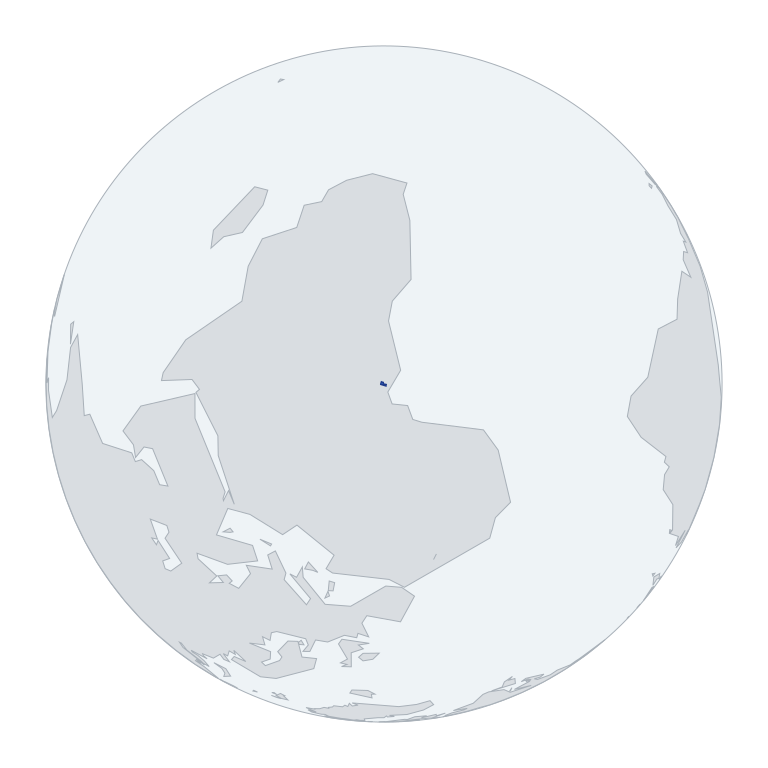 Kié-Ntem highlighted on a globe, orthographic projection, rotated 197°
{"feature_id": "GNQ-1469", "entity_name": "Kié-Ntem", "entity_type": "Province", "adm_level": 1, "iso_a3": "GNQ", "parent_name": "Equatorial Guinea", "parent_adm1": "", "projection": "orthographic", "projection_center": [10.81, 1.949], "detail": "fine", "context": "on_globe", "style": "filled", "palette": "blue", "viewbox_px": 768, "rotation_deg": 197, "n_neighbors": 0, "source": "natural_earth", "source_scale": "10m", "svg_char_len": 7711}
<svg xmlns="http://www.w3.org/2000/svg" viewBox="0 0 768 768"><g transform="rotate(197 384 384)"><circle cx="384" cy="384" r="338" fill="#eef3f6" stroke="#a8b0b8"/><path d="M266.7,67.1L261.1,69.3L252.7,72.7L251.5,73.2L266.7,67.1ZM180.7,114.1L172.3,120.7L178.6,115.9L188.6,108.4L197.9,102.6L209.0,95.2L214.4,92.1L227.1,85.0L228.4,85.1L222.8,89.4L212.3,95.7L209.6,98.1L222.2,92.0L205.3,104.8L198.6,116.1L193.8,120.2L179.9,126.8L173.2,126.1L155.1,138.8L170.0,130.1L157.9,142.1L157.3,144.3L159.9,144.0L165.7,139.5L162.3,144.0L146.2,153.3L149.0,149.3L154.1,146.0L150.9,146.3L140.0,154.5L134.7,161.0L123.8,169.8L119.9,174.9L115.3,180.3L122.3,171.2L109.6,188.2L98.0,204.0L111.8,183.7L127.1,164.5L143.7,146.4L161.6,129.6L180.7,114.1ZM50.8,327.7L50.2,333.7L53.3,319.9L56.8,312.7L53.2,332.2L58.0,314.7L57.9,324.3L67.0,324.6L65.4,328.9L72.5,353.1L86.1,364.6L89.2,379.4L87.0,388.2L93.0,391.2L93.2,397.1L122.5,408.2L141.8,424.1L144.2,444.7L133.7,467.6L137.8,516.8L122.7,531.6L128.0,551.1L132.1,578.9L121.8,575.8L134.2,590.3L136.2,598.3L132.1,598.3L139.5,608.1L136.9,608.0L144.4,614.7L152.4,626.8L164.4,637.3L173.4,646.7L181.4,652.7L180.3,652.4L182.3,654.4L186.6,657.6L177.7,651.6L161.3,638.1L154.2,631.4L152.5,630.1L136.0,612.6L138.7,616.0L116.0,588.9L101.4,566.4L69.9,499.9L64.4,486.3L57.6,470.0L51.3,443.4L47.1,410.4L46.1,377.2L47.1,361.7L49.7,335.3L50.2,331.7L50.8,327.7ZM72.6,252.7L68.2,267.9L66.3,269.6L67.5,266.6L69.8,259.8L70.8,257.2L72.6,252.7ZM81.9,233.1L82.4,231.8L82.6,231.8L81.9,233.1ZM225.5,85.7L226.2,85.4L223.5,86.8L225.5,85.7ZM230.5,83.0L230.3,83.1L227.1,84.7L230.5,83.0ZM241.2,77.8L234.4,81.1L233.0,81.7L241.2,77.8ZM284.4,61.5L284.1,61.3L289.2,59.8L284.4,61.5ZM301.1,56.4L300.7,56.6L296.1,57.9L297.0,57.5L301.1,56.4ZM333.0,50.0L321.9,51.9L318.5,52.5L333.0,50.0ZM196.7,663.9L180.5,653.7L187.7,658.4L182.4,653.7L194.6,661.3L196.7,663.9ZM185.5,651.8L185.4,649.4L188.4,651.1L189.1,653.2L185.5,651.8ZM713.7,310.1L712.7,305.8L717.4,330.1L719.1,340.3L721.1,360.3L719.7,346.1L718.5,338.7L715.0,317.4L706.6,286.4L706.6,292.0L702.9,279.7L691.4,255.0L689.3,262.8L688.4,295.3L694.4,327.3L691.4,341.7L672.7,296.0L661.4,266.1L656.5,269.1L635.7,244.9L605.1,244.4L599.1,237.1L593.7,240.8L578.8,233.8L569.1,222.1L560.8,223.2L586.4,254.5L595.1,253.6L600.1,241.1L605.8,252.6L619.9,262.8L610.1,291.8L562.0,319.6L554.7,295.9L504.4,234.4L504.5,227.6L504.1,226.8L503.4,225.5L501.5,236.6L492.0,225.2L521.6,267.1L527.7,285.9L561.4,321.0L558.9,324.9L568.9,332.2L597.8,322.2L598.5,330.3L586.5,368.3L544.1,421.6L548.3,456.9L542.8,487.3L513.2,508.2L512.6,531.6L496.9,540.2L493.8,553.5L479.3,567.9L456.4,581.8L420.8,582.9L421.1,571.0L407.1,548.0L388.7,491.9L400.3,465.7L398.1,445.6L372.1,402.0L378.0,377.4L370.4,367.3L355.1,370.3L346.1,358.5L336.6,358.5L275.5,369.2L255.5,354.2L228.4,307.9L238.4,288.8L237.8,267.5L305.0,195.6L322.0,198.6L377.9,188.2L385.4,190.4L381.7,205.7L426.0,223.6L436.9,210.3L474.1,220.1L497.0,219.3L500.1,190.7L462.5,191.2L453.1,177.9L480.9,165.8L513.3,167.5L510.7,162.5L487.8,151.5L492.8,142.8L479.6,147.2L486.8,152.0L478.7,155.4L471.6,151.3L473.7,148.1L463.2,146.1L456.2,163.6L462.7,170.4L436.8,174.3L445.2,186.5L439.1,192.6L422.5,174.5L422.3,167.7L393.6,150.2L391.5,157.3L418.5,174.9L411.1,173.6L408.6,185.2L404.8,175.5L375.9,156.1L350.9,161.7L323.2,191.3L307.7,194.7L292.8,190.0L298.7,161.4L332.7,157.4L335.2,148.8L324.7,137.7L336.0,137.9L335.9,133.4L348.4,132.1L362.4,120.8L374.6,119.2L376.7,106.6L383.3,104.6L380.1,112.3L384.4,117.5L414.2,115.9L419.0,113.2L418.0,105.5L426.3,106.8L421.6,99.7L437.0,96.9L414.2,94.9L412.4,87.7L419.8,82.3L415.1,80.0L403.0,89.0L401.8,93.1L407.4,97.0L400.7,110.1L391.1,112.7L382.6,98.9L368.2,101.7L367.9,91.3L401.0,70.9L416.5,67.9L449.3,75.9L447.6,79.6L435.0,78.2L449.8,85.4L447.1,81.9L454.0,83.5L454.0,78.3L458.9,79.2L450.6,73.2L456.6,73.8L461.8,77.6L467.0,72.0L478.6,73.0L477.4,71.5L472.8,69.5L490.6,73.0L488.9,71.7L482.5,70.0L474.9,66.7L468.6,62.7L475.1,64.1L478.3,65.7L494.7,71.9L502.1,77.0L504.1,77.3L499.2,73.3L479.2,65.5L473.5,62.8L483.4,65.9L479.4,64.5L478.6,63.7L483.9,64.5L473.2,61.1L455.9,53.9L459.8,54.7L482.8,60.8L505.2,68.6L527.0,77.9L548.2,88.6L568.5,100.9L587.9,114.6L606.3,129.5L623.7,145.8L639.8,163.2L654.7,181.7L668.2,201.2L680.3,221.6L691.0,242.8L700.2,264.7L707.8,287.2L713.7,310.1ZM285.3,230.6L284.2,236.8L285.3,230.6ZM550.3,185.2L568.0,186.5L555.3,169.4L561.1,168.9L554.6,163.7L554.3,168.3L538.0,154.5L543.9,150.1L539.3,143.4L533.2,142.8L525.0,153.5L548.3,172.5L546.3,179.4L550.3,185.2ZM67.4,324.3L68.1,328.3L66.3,328.2L67.4,324.3ZM63.5,277.3L63.6,277.8L62.9,280.8L62.3,281.7L63.5,277.3ZM70.7,279.0L72.0,280.9L69.6,282.2L70.7,279.0ZM68.0,270.1L69.5,278.3L64.9,283.4L64.3,278.6L66.1,277.2L68.0,270.1ZM76.7,243.7L76.2,245.1L74.7,248.5L76.7,243.7ZM82.0,233.2L81.8,233.5L83.1,230.7L82.0,233.2ZM158.9,141.5L160.1,140.9L161.5,141.6L158.6,143.4L158.9,141.5ZM181.8,134.3L175.7,141.9L178.0,137.3L172.7,140.6L170.8,136.0L191.4,122.0L182.4,128.8L181.8,134.3ZM174.0,127.4L172.9,131.0L173.3,127.6L174.0,127.4ZM323.1,113.1L328.4,115.3L325.3,120.3L309.9,125.2L314.2,117.5L323.1,113.1ZM336.8,117.4L332.6,104.0L342.0,101.4L337.4,105.0L344.1,104.6L338.5,110.3L351.5,122.1L349.6,127.6L322.2,131.7L332.2,126.9L326.4,124.7L336.8,117.4ZM305.4,83.6L303.7,80.3L326.3,78.5L325.2,82.0L309.8,86.2L302.0,84.8L305.4,83.6ZM254.7,72.4L252.6,73.1L255.2,71.9L259.2,70.5L254.7,72.4ZM290.3,59.3L289.1,59.7L290.3,59.3ZM283.9,61.3L289.6,59.6L280.0,62.6L283.8,61.5L266.6,69.2L263.4,70.1L257.2,74.8L246.2,79.2L250.6,75.7L237.5,83.3L237.0,82.0L229.1,87.2L239.9,79.1L238.9,79.0L244.2,77.2L254.4,73.0L258.5,71.2L269.4,66.3L271.0,65.5L283.9,61.3ZM361.5,50.2L352.9,50.5L364.0,51.8L354.4,52.9L356.3,53.0L350.5,54.7L346.8,57.2L342.0,57.7L342.6,58.5L338.8,60.1L338.0,61.6L329.2,63.2L327.5,65.4L324.3,65.0L323.8,68.5L320.2,66.8L314.9,69.3L321.2,69.7L275.5,79.8L259.1,87.1L247.4,94.6L242.8,91.9L250.9,83.8L265.5,74.6L281.9,68.7L276.9,69.1L283.3,66.6L284.6,67.3L286.4,64.9L292.0,63.2L304.9,58.0L304.0,56.7L308.7,55.3L311.9,55.0L314.4,53.8L323.5,52.5L327.1,51.7L339.7,50.1L343.7,50.8L347.4,49.9L357.1,49.2L361.5,50.2ZM309.8,54.3L314.1,53.4L311.5,54.0L316.7,52.9L321.9,51.9L327.3,50.9L328.1,50.9L337.5,49.3L344.4,48.8L342.6,49.5L321.4,52.2L316.9,53.2L303.3,56.0L305.5,55.3L309.8,54.3ZM392.2,184.5L397.6,185.0L405.8,184.0L404.3,191.7L392.2,184.5ZM372.2,171.3L376.9,170.1L378.8,179.6L373.1,179.6L372.2,171.3ZM377.9,162.0L377.0,169.4L374.1,165.4L377.9,162.0ZM384.3,111.2L389.1,110.1L390.3,111.8L388.3,114.7L384.3,111.2ZM392.5,57.8L387.8,56.9L388.8,56.4L383.6,53.8L390.3,53.3L396.1,54.7L392.5,57.8ZM494.6,195.6L489.0,201.1L485.1,198.5L487.8,197.1L494.6,195.6ZM445.2,196.0L457.3,199.3L444.7,198.1L445.2,196.0ZM398.9,56.8L395.9,55.7L401.1,56.2L398.9,56.8ZM394.9,52.9L400.7,53.3L390.5,53.0L394.9,52.9ZM573.7,641.4L572.2,645.4L568.9,645.8L573.7,641.4ZM592.1,481.2L565.3,534.8L551.8,535.4L552.0,519.8L563.7,487.5L580.3,478.0L589.2,463.3L592.1,481.2ZM721.7,395.3L718.8,352.8L719.9,353.8L721.6,369.3L721.7,395.3ZM695.5,330.4L701.1,349.6L698.9,352.9L695.5,330.4ZM451.7,57.5L451.6,61.0L455.9,64.6L465.2,67.8L452.0,65.5L445.3,59.8L451.7,57.5ZM454.7,53.8L446.5,52.0L449.9,52.6L452.3,53.1L454.7,53.8ZM449.8,52.9L439.9,51.4L435.2,50.4L444.0,51.7L449.8,52.9ZM419.6,52.1L419.1,53.0L414.9,52.4L419.6,52.1Z" fill="#d9dde1" stroke="#a8b0b8" stroke-width="1"/><path d="M381.6,382.7L383.5,382.7L385.3,382.7L387.0,382.7L387.1,382.9L387.1,383.4L387.1,385.0L387.1,385.3L386.5,385.2L386.2,385.2L386.1,385.3L385.7,385.2L385.4,385.3L385.2,385.3L385.1,385.2L384.9,384.0L384.9,383.9L384.7,383.9L384.5,384.0L384.4,384.1L384.1,384.1L383.4,383.8L383.2,383.7L382.9,383.8L382.3,384.2L382.2,384.2L381.9,384.2L381.7,384.1L381.7,383.8L381.7,383.7L381.8,383.6L381.7,383.2L381.6,382.7Z" fill="#3b82f6" stroke="#1e3a8a" stroke-width="1.5"/></g></svg>